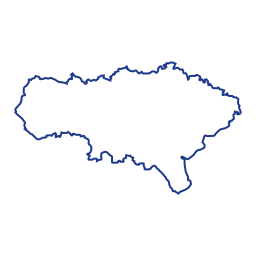 the Region of Saratov
{"feature_id": "RUS-2393", "entity_name": "Saratov", "entity_type": "Region", "adm_level": 1, "iso_a3": "RUS", "parent_name": "Russia", "parent_adm1": "", "projection": "albers", "projection_center": [46.661, 51.31], "detail": "fine", "context": "isolated", "style": "outline", "palette": "blue", "viewbox_px": 256, "rotation_deg": 0, "n_neighbors": 0, "source": "natural_earth", "source_scale": "10m", "svg_char_len": 5694}
<svg xmlns="http://www.w3.org/2000/svg" viewBox="0 0 256 256"><path d="M239.6,105.8L239.0,106.6L239.2,108.0L240.6,111.6L240.6,112.8L239.9,113.7L238.8,114.2L237.4,114.3L237.1,113.9L238.0,112.4L237.7,112.2L236.5,112.2L235.3,111.5L234.9,111.5L234.8,113.5L233.5,114.6L233.4,115.2L233.8,117.8L233.8,118.8L233.5,119.2L232.5,119.5L232.3,120.3L232.0,120.7L229.9,121.1L229.3,121.5L229.8,122.2L228.8,123.3L229.2,125.4L228.6,126.3L225.5,128.1L220.7,129.3L219.5,130.0L215.8,133.6L214.6,135.4L214.1,135.8L207.5,136.1L205.3,135.5L204.7,135.7L204.0,136.9L203.6,139.2L202.8,141.0L202.5,142.3L204.2,144.4L204.7,145.8L204.4,147.3L203.3,148.3L201.0,149.4L197.2,150.5L196.1,151.5L193.7,154.9L188.7,158.8L187.5,159.1L186.2,158.8L182.5,156.7L181.9,156.7L181.4,157.3L181.6,158.1L182.3,158.5L183.7,158.7L184.4,159.7L184.6,161.0L184.6,164.1L185.5,170.4L186.3,173.4L187.6,175.7L188.1,177.3L188.0,178.9L188.0,180.0L190.0,180.6L190.4,181.1L191.0,184.0L190.4,185.2L188.3,187.8L185.5,189.6L179.8,192.0L178.5,193.5L176.5,192.5L174.8,191.1L173.0,191.2L171.9,188.6L170.8,187.7L170.2,186.9L169.3,184.4L168.8,181.9L168.2,180.8L166.4,179.2L165.9,177.5L164.7,176.5L163.6,174.8L162.5,173.8L160.6,171.5L159.7,171.1L158.5,169.4L157.3,168.7L155.4,166.3L154.7,165.8L153.5,165.8L152.3,166.5L151.1,167.7L150.1,169.2L145.8,169.5L144.7,169.2L144.6,167.5L143.8,166.3L143.8,163.9L143.6,163.5L139.8,163.4L139.4,163.6L139.1,164.5L138.2,164.8L136.3,164.4L135.7,163.7L134.6,162.9L134.4,162.3L134.3,161.1L133.2,160.8L132.5,160.1L132.6,159.3L133.3,158.1L133.3,157.8L131.4,157.1L130.1,155.6L128.5,155.9L126.2,155.2L126.0,155.7L125.8,158.1L124.4,158.3L123.4,159.2L123.2,160.0L123.6,161.4L123.3,161.8L120.5,161.7L120.1,161.4L119.9,160.9L119.1,160.8L118.4,161.0L118.0,162.0L117.6,162.6L112.8,162.7L112.3,162.6L112.0,161.9L112.1,156.7L111.4,155.9L109.9,155.2L107.3,152.5L106.2,152.0L105.1,151.8L103.1,152.4L101.9,153.1L101.4,153.7L101.1,155.1L101.5,158.9L101.0,159.6L98.2,160.1L97.4,161.0L96.9,161.2L96.8,159.2L96.3,158.7L94.0,158.7L92.4,159.7L88.8,159.7L88.5,159.3L88.5,158.5L88.8,157.6L89.6,156.2L89.7,155.7L89.2,155.3L87.6,154.7L87.3,154.1L87.8,153.7L89.4,153.3L90.2,152.5L90.8,151.3L91.3,149.5L91.4,148.4L91.3,147.1L90.6,145.7L88.7,144.0L88.6,143.6L88.8,141.8L88.5,139.9L88.1,139.4L86.9,138.6L85.0,137.9L84.6,137.4L84.6,136.6L84.2,136.1L82.9,135.8L82.1,136.3L81.1,136.5L80.6,136.2L80.3,135.2L79.9,134.8L76.4,134.8L73.3,133.7L72.7,134.0L72.5,135.1L72.0,135.4L71.5,135.4L70.9,134.8L70.1,133.5L68.0,131.9L66.9,132.9L63.6,133.1L61.5,132.5L60.6,135.8L60.2,136.8L59.6,136.8L59.2,136.0L58.9,135.9L57.4,136.3L56.4,137.0L55.8,137.1L55.7,136.7L56.0,134.3L55.8,133.5L55.4,133.1L54.3,133.8L53.2,133.8L52.5,135.1L51.9,135.7L51.3,135.7L50.4,135.2L46.9,135.5L46.4,135.8L46.5,137.0L46.0,137.4L42.8,137.7L39.5,139.3L37.1,139.2L32.1,134.4L30.4,133.7L27.6,131.1L25.0,129.3L25.9,128.9L25.9,128.6L25.0,127.6L24.4,125.5L24.4,124.5L24.9,123.7L25.1,123.3L25.0,122.7L23.5,120.4L21.8,118.3L16.5,113.8L15.4,112.3L16.1,111.6L15.4,110.0L15.4,109.3L15.7,108.6L20.3,103.6L21.3,101.1L21.7,97.5L22.1,96.3L22.8,95.8L25.0,95.1L24.9,94.5L24.1,93.4L23.6,92.2L23.9,88.0L24.4,87.2L26.8,85.3L28.7,82.5L28.9,81.8L28.8,79.7L29.4,79.4L31.0,80.0L32.2,78.7L34.3,78.1L34.8,77.7L35.2,76.6L35.8,76.0L39.2,77.1L39.6,77.5L39.8,78.9L40.4,79.2L43.7,78.8L45.2,78.0L48.2,78.6L51.0,77.9L51.6,78.0L53.5,79.2L55.0,79.5L56.4,80.6L58.7,81.9L63.3,82.5L66.8,83.6L66.5,82.4L66.6,82.2L67.7,81.7L68.5,79.9L68.9,79.3L70.3,78.8L71.4,79.1L72.0,78.9L72.0,78.3L71.6,77.4L72.1,76.6L72.1,76.2L71.1,74.7L71.3,74.4L72.5,73.4L75.0,76.3L75.9,76.7L78.7,77.2L80.3,78.1L80.9,78.8L81.9,81.3L83.7,81.9L84.8,83.6L85.4,83.9L86.9,82.9L86.9,82.7L86.3,81.8L86.2,81.4L86.8,80.9L87.1,80.1L88.1,79.6L88.6,79.5L90.2,80.6L90.9,80.9L92.0,80.7L93.8,79.8L94.6,79.9L95.8,80.6L96.3,80.3L96.9,79.5L98.1,78.9L98.2,78.6L98.2,77.5L98.4,77.1L100.2,76.6L101.6,75.5L102.7,75.7L103.9,75.4L104.0,75.6L103.6,76.8L103.5,77.6L103.7,78.0L110.4,80.5L110.4,79.2L111.2,78.6L111.3,78.1L111.1,77.7L110.4,77.2L110.2,77.1L110.3,76.8L112.5,75.3L113.3,73.9L113.9,73.9L114.5,74.4L114.8,74.0L115.0,72.2L116.4,72.0L117.1,71.4L118.4,71.3L118.3,69.8L118.7,69.0L119.0,68.8L121.5,68.9L122.3,68.4L124.7,68.0L125.7,67.5L126.5,66.4L127.0,66.6L127.2,67.0L127.2,68.8L127.4,69.3L128.6,69.5L130.0,70.9L133.1,71.4L135.4,70.5L136.1,70.6L136.9,71.1L137.9,72.6L139.2,73.4L141.7,71.8L142.5,73.2L143.1,73.5L149.2,73.4L150.6,72.6L151.7,71.6L152.8,71.3L155.4,71.9L156.4,72.8L157.0,72.5L158.1,71.0L158.3,70.1L158.0,68.7L159.9,66.5L160.8,66.3L161.4,66.6L161.9,68.6L162.1,68.9L164.6,68.3L165.7,67.7L166.2,67.0L166.3,66.5L165.8,66.0L163.9,65.9L163.7,65.6L163.9,65.1L165.0,64.5L166.4,64.1L166.6,63.3L166.8,63.1L168.7,63.4L170.6,62.5L173.1,62.6L175.5,63.7L174.7,65.1L174.5,66.2L173.7,67.1L173.4,68.6L173.5,68.8L174.2,68.8L177.0,67.8L177.9,67.9L178.6,68.3L179.9,69.5L180.5,69.7L182.4,69.4L183.0,70.6L183.7,73.2L185.9,73.3L186.2,73.7L187.2,76.3L188.0,79.5L188.9,78.8L189.0,76.9L189.8,76.1L190.4,76.0L191.9,76.1L193.1,75.8L195.1,76.0L196.3,75.0L196.9,75.0L198.4,75.6L200.0,76.6L200.2,77.0L200.3,77.7L199.4,79.3L199.5,80.0L200.2,80.2L201.3,79.4L201.9,79.3L202.5,79.9L202.9,81.2L203.6,82.3L204.4,82.6L204.7,82.4L205.0,81.7L204.7,80.1L204.8,79.7L206.1,79.3L206.5,79.4L207.7,80.8L208.0,81.3L208.1,81.7L207.6,82.4L208.5,84.0L208.5,85.1L209.2,85.2L209.9,84.0L210.7,84.6L213.0,88.1L217.4,88.3L217.7,88.1L217.8,87.5L218.1,87.5L219.0,88.1L219.4,88.9L219.9,89.3L221.8,89.6L224.1,90.4L223.9,91.5L222.9,91.9L222.8,93.7L222.6,94.8L222.8,95.1L223.4,95.0L224.3,94.5L226.3,95.0L226.6,93.6L227.2,93.4L227.5,93.8L227.9,95.2L228.8,95.9L232.3,96.0L232.8,96.3L233.5,97.2L236.3,97.4L237.1,98.2L238.1,98.7L238.3,99.8L238.0,102.3L238.1,103.4L238.5,104.3L239.6,105.8Z" fill="none" stroke="#1e3a8a" stroke-width="2"/></svg>